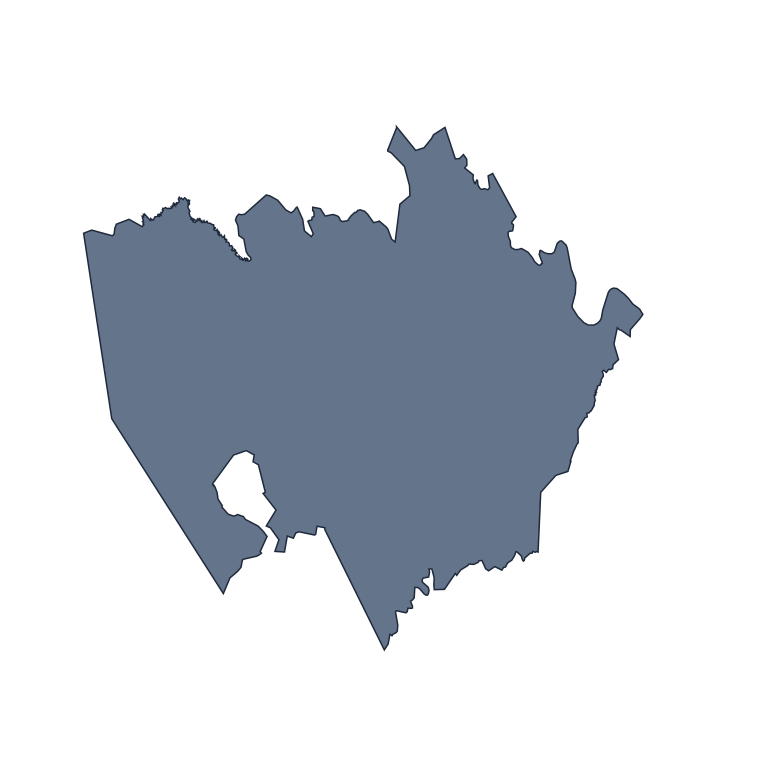 the district of Virešu pag., Apes, Latvia, rotated 69°
{"feature_id": "27541924B12272202930489", "entity_name": "Virešu pag.", "entity_type": "district", "adm_level": 2, "iso_a3": "LVA", "parent_name": "Latvia", "parent_adm1": "Apes", "projection": "robinson", "projection_center": [26.356, 57.405], "detail": "fine", "context": "isolated", "style": "filled", "palette": "slate", "viewbox_px": 768, "rotation_deg": 69, "n_neighbors": 0, "source": "geoboundaries", "source_scale": "gbopen_adm2", "svg_char_len": 6170}
<svg xmlns="http://www.w3.org/2000/svg" viewBox="0 0 768 768"><g transform="rotate(69 384 384)"><path d="M275.2,200.7L226.4,207.1L227.0,212.2L238.7,215.1L239.8,217.4L237.6,220.4L237.3,223.2L236.0,224.3L232.0,225.0L227.3,223.8L226.9,224.4L229.7,227.0L228.8,227.5L224.2,227.4L220.8,225.7L211.2,231.3L209.5,228.2L203.7,226.2L198.3,227.6L200.6,232.8L199.4,236.7L166.3,235.1L169.0,248.4L171.8,251.6L177.8,261.9L177.3,270.7L148.3,280.1L149.3,280.4L167.0,296.8L168.0,297.0L170.8,294.4L188.2,287.0L207.9,289.1L217.5,292.3L221.8,304.7L255.4,322.7L251.6,325.0L240.8,324.9L238.3,325.6L230.1,330.1L230.4,330.8L229.6,335.9L219.8,338.4L215.8,340.2L212.9,343.7L212.5,346.4L213.8,348.3L213.3,349.8L215.3,354.7L218.5,359.6L217.3,364.9L215.5,366.1L212.1,366.3L210.4,367.3L207.5,370.8L206.1,378.8L197.5,380.6L193.4,387.2L196.5,388.4L198.8,387.8L202.5,389.3L202.6,391.4L205.1,392.7L204.5,395.1L204.8,396.7L218.4,396.2L220.4,399.0L212.6,403.4L201.1,400.9L187.7,401.7L187.8,402.6L190.2,406.4L190.9,409.5L186.2,413.3L174.3,417.4L167.5,423.1L165.3,426.2L175.5,453.2L174.9,456.4L173.4,458.8L175.1,461.8L177.8,463.9L184.1,463.7L193.4,466.3L198.4,462.9L211.1,465.2L215.0,464.6L218.1,463.2L220.1,463.4L220.9,465.4L220.8,466.5L220.0,467.4L218.8,466.3L217.4,467.1L217.7,467.8L218.8,467.9L219.2,469.1L217.9,468.5L216.6,468.9L217.6,470.4L215.7,471.5L217.5,471.5L215.5,473.8L213.6,473.0L212.6,473.3L213.7,473.7L211.4,475.7L209.6,476.4L208.9,475.9L209.4,474.5L208.4,474.3L207.0,475.5L205.9,474.7L204.7,475.4L206.4,475.7L205.5,476.3L205.5,477.6L205.0,478.1L203.4,478.1L204.6,477.5L201.8,476.3L200.3,476.7L199.8,478.7L197.1,478.2L195.8,478.7L194.7,480.5L193.8,480.2L193.3,479.1L192.1,479.6L191.9,480.8L188.5,479.9L189.4,481.4L189.2,482.2L186.3,482.6L186.6,484.5L185.0,485.2L184.4,484.8L184.8,483.7L184.4,483.4L182.8,483.6L183.5,484.0L183.2,485.0L179.9,484.5L180.6,485.8L179.2,487.4L178.1,487.3L178.2,485.9L177.6,485.6L176.5,486.5L174.3,486.0L173.2,487.8L172.0,488.2L170.5,490.9L168.7,490.8L168.6,491.6L169.2,491.8L169.1,493.5L167.1,493.5L168.3,495.2L168.2,495.8L166.3,495.6L166.9,496.6L166.0,496.6L165.4,497.5L164.2,496.5L163.4,496.8L163.5,497.4L164.6,497.6L164.5,498.4L163.1,499.0L164.7,500.1L163.8,501.0L164.7,500.8L165.5,502.4L164.4,503.8L162.4,502.1L161.2,503.2L162.8,503.5L162.9,504.2L161.8,504.3L160.9,505.2L160.3,504.0L157.9,505.0L154.0,504.5L153.3,503.3L149.0,503.8L148.0,503.6L147.3,502.6L145.5,502.4L146.4,501.5L146.2,501.0L144.3,501.3L144.3,500.5L142.9,499.7L142.1,500.7L142.6,502.2L140.8,502.2L138.7,503.4L139.8,505.6L137.8,506.6L138.2,507.5L137.8,507.8L136.3,508.2L137.7,509.7L140.1,509.7L140.7,510.3L141.1,512.0L140.0,512.9L141.3,512.6L142.2,513.4L140.2,515.2L142.5,515.3L140.7,516.3L142.1,516.9L141.6,517.7L142.8,518.1L142.4,519.3L143.7,519.1L143.6,521.4L142.9,521.6L142.5,523.8L141.0,524.6L141.3,527.2L140.8,527.5L142.0,528.6L142.9,528.0L144.5,529.9L144.0,530.8L146.6,531.8L145.4,532.6L146.4,532.7L146.8,533.4L145.3,533.1L144.8,534.4L146.4,534.8L145.9,538.1L148.3,540.5L147.5,541.3L147.7,542.0L146.0,542.4L147.5,543.6L139.7,546.6L140.3,547.1L139.6,547.7L140.5,547.8L140.6,548.6L141.8,548.7L141.2,549.5L141.9,549.3L142.3,550.0L145.5,550.1L145.9,551.3L147.2,550.5L148.3,551.7L149.2,551.2L150.5,553.3L138.9,563.0L138.9,576.6L142.0,579.4L147.4,582.3L148.3,584.4L135.6,601.7L135.6,610.4L318.8,650.6L522.1,609.1L509.8,597.3L506.5,587.9L503.9,583.2L497.5,579.2L497.3,577.4L499.1,564.7L498.8,561.7L497.9,559.0L496.1,559.7L484.4,547.8L478.4,549.5L471.6,552.4L460.8,561.9L457.4,562.8L453.4,567.5L453.7,571.3L449.8,576.1L440.7,579.5L439.6,578.6L431.9,580.2L425.4,578.7L419.8,578.7L418.6,578.9L418.9,579.1L418.0,579.7L417.2,579.3L416.4,580.1L415.6,579.6L396.4,549.9L396.8,536.5L403.7,530.6L409.6,534.1L414.4,530.2L442.6,533.6L442.8,536.1L463.0,530.0L474.4,544.8L477.5,541.6L491.7,537.9L501.2,545.8L505.2,537.1L491.3,528.8L495.5,523.9L491.5,519.8L491.5,516.3L500.1,503.0L499.9,501.7L492.8,497.5L497.0,490.7L498.7,491.4L632.4,479.0L628.1,473.2L619.8,468.2L621.9,466.7L620.9,465.6L620.5,461.8L619.4,460.1L614.0,457.5L601.3,455.0L600.3,454.3L600.2,453.5L605.5,445.5L604.9,443.9L601.8,441.9L603.2,439.3L603.3,437.7L601.5,437.0L596.4,437.1L595.7,434.5L594.4,432.4L584.9,428.1L585.9,425.8L587.6,424.2L594.1,421.9L596.1,420.6L596.7,419.2L595.8,417.8L592.8,415.9L589.5,415.6L583.2,418.9L581.3,419.0L579.9,418.1L579.3,416.7L580.2,411.5L576.0,408.9L572.8,408.3L573.9,405.6L582.9,406.6L589.4,409.5L594.0,410.8L597.4,401.2L586.4,385.3L588.7,384.7L585.0,378.9L583.6,371.1L582.6,369.1L584.6,364.8L584.2,359.9L583.1,358.6L583.9,355.8L593.1,355.3L595.9,353.2L594.2,346.0L600.0,340.7L598.2,338.2L598.4,336.1L595.4,332.9L594.3,327.9L591.1,323.7L587.8,320.9L588.4,320.0L593.6,317.5L598.1,317.8L599.3,317.3L599.0,316.3L596.9,315.0L594.4,308.3L595.0,306.2L593.6,305.1L595.3,303.0L595.1,301.6L596.1,300.4L541.3,276.5L530.9,256.3L531.5,243.6L523.0,237.1L522.6,237.7L515.2,231.5L509.5,225.6L508.5,223.8L495.7,219.2L487.6,208.4L487.7,206.4L487.0,205.8L484.0,205.3L484.4,202.9L483.2,200.9L483.4,200.3L479.3,195.4L476.7,194.3L475.2,192.8L469.8,191.7L469.5,190.9L470.2,190.4L469.0,189.6L467.6,189.9L467.7,188.5L465.9,188.8L465.9,187.9L464.7,186.6L462.3,185.2L462.5,182.7L460.3,181.5L459.9,180.5L457.8,179.8L455.4,176.5L453.6,175.8L450.5,175.8L449.9,174.0L452.9,172.3L450.8,169.0L451.8,167.3L451.3,165.8L451.6,165.1L448.2,163.3L445.3,156.3L429.1,155.0L415.1,146.1L417.7,144.8L418.6,143.5L427.9,137.2L421.5,134.5L414.7,121.7L411.8,117.4L405.7,118.5L398.4,123.1L391.4,125.2L386.2,127.5L378.4,132.3L376.7,135.4L376.7,137.5L377.3,139.7L378.9,141.8L393.0,153.0L400.8,157.8L402.7,160.2L403.8,163.1L404.2,166.9L402.2,172.1L398.6,175.3L390.4,178.9L380.2,180.9L378.2,180.3L367.9,172.9L358.1,168.5L354.2,168.0L343.5,168.0L322.6,164.2L319.7,164.2L314.6,166.5L313.9,167.2L313.6,168.9L314.8,171.9L321.9,177.8L322.5,180.6L321.3,184.0L319.4,186.7L315.3,190.0L315.3,190.5L318.7,192.7L327.8,192.8L328.3,193.3L328.1,194.0L328.8,194.8L329.0,196.2L328.0,197.4L324.1,199.4L318.9,200.3L312.6,202.3L306.8,207.0L306.5,210.5L305.5,213.5L302.3,216.3L300.1,216.3L295.9,214.9L290.4,215.0L287.1,213.9L286.3,212.5L287.1,209.5L286.8,208.8L282.8,206.4L281.4,206.2L279.9,207.2L278.6,206.6L275.2,200.7Z" fill="#64748b" stroke="#1e293b" stroke-width="1.5"/></g></svg>